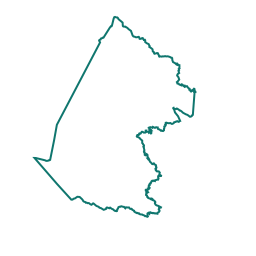 outline of Aveiro, Pará, Brazil, rotated 300°
{"feature_id": "56859067B38490722254751", "entity_name": "Aveiro", "entity_type": "district", "adm_level": 2, "iso_a3": "BRA", "parent_name": "Brazil", "parent_adm1": "Pará", "projection": "equal_earth", "projection_center": [-55.979, -3.763], "detail": "fine", "context": "isolated", "style": "outline", "palette": "teal", "viewbox_px": 256, "rotation_deg": 300, "n_neighbors": 0, "source": "geoboundaries", "source_scale": "gbopen_adm2", "svg_char_len": 5921}
<svg xmlns="http://www.w3.org/2000/svg" viewBox="0 0 256 256"><g transform="rotate(300 128 128)"><path d="M44.1,94.4L37.6,114.7L38.3,115.8L39.5,116.2L40.4,117.2L43.1,118.5L44.1,120.6L43.4,123.7L42.8,125.2L42.3,125.8L42.2,126.6L42.5,128.0L42.2,128.9L42.7,129.4L42.7,130.6L43.2,131.2L43.4,131.8L43.1,133.7L43.3,134.8L45.2,135.4L45.4,135.8L44.7,139.7L45.0,141.2L45.0,142.3L44.7,143.1L45.1,144.6L45.0,147.8L45.7,148.5L47.1,149.5L47.7,149.2L48.4,149.3L48.7,149.6L49.2,152.0L50.1,152.3L49.9,154.4L50.1,156.0L49.8,156.8L49.7,158.1L50.2,159.6L50.4,159.8L50.9,159.3L51.9,159.7L52.5,159.4L53.5,159.6L54.5,159.3L55.5,159.9L55.9,160.7L56.8,161.2L57.5,163.7L57.7,164.0L57.1,165.8L58.4,166.0L58.5,166.6L59.7,168.6L59.1,169.8L59.2,170.7L59.8,171.4L59.7,172.0L59.3,172.5L59.4,174.7L58.8,175.1L58.6,176.7L58.8,177.1L58.7,178.1L59.3,178.8L59.3,179.3L59.1,179.8L59.6,180.3L59.3,181.2L59.3,181.7L60.2,183.7L60.1,184.2L60.4,185.9L60.2,186.8L60.5,187.0L60.7,188.7L60.9,189.3L61.5,189.4L61.9,188.7L63.7,187.6L64.6,188.0L64.3,188.5L64.5,188.8L64.4,189.3L65.4,188.9L66.1,189.3L66.3,189.8L66.0,190.6L66.6,191.7L66.6,192.1L67.0,192.2L67.4,193.9L67.7,194.0L67.9,195.0L68.4,195.8L68.5,196.3L69.4,195.9L70.4,196.7L72.0,196.8L72.6,196.2L72.6,195.6L73.0,195.2L74.2,195.2L74.8,194.6L75.2,195.1L75.2,195.6L75.4,196.2L75.8,196.2L75.7,193.2L75.3,191.4L75.4,190.3L76.1,189.0L76.5,188.8L77.1,188.9L77.5,188.7L77.5,188.3L77.9,188.1L78.2,186.9L77.9,185.4L77.9,184.3L78.2,184.2L78.7,184.5L78.8,184.1L78.7,183.7L78.0,183.6L77.8,183.3L78.1,183.0L78.1,182.6L77.7,181.9L77.5,180.4L77.9,180.1L78.1,179.6L77.9,179.2L79.0,178.2L78.9,177.3L79.4,176.9L80.0,176.8L81.7,175.9L81.6,177.1L82.4,177.5L82.9,175.9L82.7,174.7L83.2,174.3L83.6,174.4L84.7,176.2L85.6,176.5L85.9,175.8L86.8,176.7L87.1,176.6L87.4,175.8L87.3,175.4L88.1,174.9L88.7,174.8L89.5,175.3L89.9,174.7L90.6,174.7L91.3,175.4L92.0,175.3L92.2,175.0L92.7,175.2L93.7,175.0L94.4,175.3L94.5,176.1L95.1,176.2L95.5,177.8L96.1,177.5L98.0,179.2L98.4,179.9L99.7,179.6L100.0,179.0L101.3,178.2L102.3,178.4L102.3,179.7L103.0,180.6L103.3,180.5L103.4,178.8L103.9,178.2L105.3,177.8L105.8,176.3L104.9,174.8L104.9,174.3L105.4,173.8L105.4,173.1L106.5,172.1L106.8,172.2L107.0,172.6L108.2,172.3L108.5,171.5L109.2,171.3L109.8,170.7L109.9,170.3L109.6,169.1L110.3,168.3L110.2,167.9L109.0,167.3L108.9,166.9L109.7,164.7L109.8,163.8L111.3,162.2L111.4,161.8L110.9,161.5L111.4,160.2L112.0,161.0L113.0,159.2L114.4,158.4L114.7,157.6L114.7,157.3L114.3,157.4L114.1,156.6L113.3,157.0L113.0,156.7L113.1,156.0L113.4,155.9L113.9,155.3L115.1,154.8L115.1,154.0L115.3,153.8L115.6,154.0L116.4,153.3L117.0,153.3L118.5,151.8L119.4,151.3L119.3,150.9L119.6,150.6L120.1,150.8L121.0,150.5L121.4,149.2L121.9,148.7L122.1,147.8L124.2,146.6L124.7,144.0L125.2,142.9L125.1,140.9L124.9,140.2L125.1,139.8L125.4,139.7L126.6,139.6L127.2,140.7L128.2,141.0L128.6,140.5L128.9,140.5L129.1,140.6L129.6,141.7L131.6,141.8L132.0,142.5L131.9,143.9L132.7,145.3L133.3,145.6L133.5,145.3L134.6,144.6L134.9,144.9L134.3,146.4L135.0,147.8L134.5,148.2L134.3,148.5L135.0,148.8L135.3,148.7L135.4,149.2L134.7,150.5L135.0,150.8L135.6,150.6L136.5,148.5L136.7,149.4L137.3,149.8L137.4,149.1L137.8,149.0L137.7,148.1L138.2,147.3L138.5,145.9L139.1,146.1L140.1,147.3L140.4,149.1L141.4,149.0L141.6,151.3L142.7,151.9L143.3,153.5L142.7,153.7L142.1,154.7L142.5,155.9L142.1,158.0L142.7,158.3L142.6,159.1L142.9,159.9L144.0,160.3L145.4,159.5L146.3,159.5L147.4,158.7L147.8,159.1L148.7,159.3L149.1,159.1L149.4,158.5L149.9,158.5L150.1,158.9L150.6,158.5L151.1,158.7L151.5,158.2L151.8,158.5L152.1,159.9L152.6,161.1L153.5,162.2L153.4,163.7L153.9,164.5L155.3,165.2L156.1,165.1L157.1,166.3L157.7,166.4L158.6,167.4L158.5,168.1L158.7,168.9L159.7,169.1L160.2,169.6L163.2,165.5L165.0,160.9L167.0,158.8L167.7,157.3L168.0,157.2L168.3,157.4L167.7,158.1L167.7,158.7L168.7,160.4L169.3,160.6L169.3,161.3L169.3,162.6L169.0,164.2L169.3,164.6L169.2,166.0L168.7,168.0L168.8,171.4L169.1,173.0L168.7,176.0L169.3,176.8L169.9,176.9L170.4,177.3L170.9,177.1L171.8,177.6L192.0,167.9L192.0,167.4L192.2,167.2L192.8,167.6L193.0,168.3L193.3,168.1L193.5,166.9L194.2,166.7L195.1,165.9L195.0,165.5L194.6,165.5L193.8,165.9L193.5,165.1L192.1,165.0L191.6,164.3L191.1,164.3L191.1,163.9L191.4,163.7L192.1,163.6L191.8,162.8L191.8,162.0L192.5,161.9L192.8,161.7L192.7,160.5L193.7,158.1L192.3,156.8L192.9,156.5L193.1,156.0L192.8,155.8L192.4,155.9L192.1,155.5L192.3,155.1L192.6,155.0L192.5,154.2L192.8,153.3L192.6,152.5L192.2,152.4L191.6,152.8L191.3,150.6L191.7,149.6L191.2,148.6L191.5,148.2L191.8,148.2L192.2,147.4L193.4,147.8L195.6,148.1L197.2,146.3L197.9,144.5L198.2,144.2L199.6,144.1L201.2,144.8L201.7,144.1L202.3,143.8L202.7,143.1L203.7,143.3L204.5,142.4L205.4,142.8L205.8,142.3L206.5,142.1L208.1,141.1L207.9,140.7L207.9,139.8L208.4,138.2L208.2,138.0L207.6,139.2L207.3,139.2L207.2,138.3L207.7,136.3L207.6,134.1L208.8,132.6L210.6,131.3L210.8,130.7L210.4,130.0L210.5,128.8L210.0,126.7L209.0,125.1L208.8,124.2L207.9,123.3L207.4,122.2L206.7,121.6L206.3,120.3L205.5,119.6L205.5,119.2L206.4,118.5L206.9,117.3L207.6,116.8L207.7,116.3L207.4,115.6L206.3,114.7L205.9,113.9L205.6,113.8L205.6,113.4L206.6,112.6L206.7,111.2L208.4,109.9L208.7,108.6L208.9,105.9L209.8,105.8L210.2,105.0L211.0,103.9L210.8,102.2L211.0,100.0L212.6,99.0L212.8,98.6L212.2,98.1L212.1,97.8L212.6,97.2L212.7,96.4L213.2,95.9L213.0,95.3L212.3,95.1L211.1,93.8L211.1,93.3L212.1,92.4L212.3,91.7L211.1,90.4L210.5,89.4L210.4,88.1L210.0,87.0L210.4,85.8L213.6,82.0L213.9,79.1L214.4,77.3L214.3,75.7L214.5,75.4L214.4,74.8L213.8,74.0L213.6,72.9L213.8,72.5L216.6,70.6L217.5,65.4L218.2,64.3L218.4,63.5L217.9,62.7L217.7,61.2L217.1,60.7L215.5,60.9L209.0,62.8L208.5,62.7L208.0,62.9L207.5,62.3L206.9,62.4L206.3,62.1L194.0,61.6L193.6,60.9L193.1,60.9L192.1,59.9L190.9,60.0L190.2,59.3L189.5,59.2L189.2,59.3L188.2,61.0L186.5,61.1L95.2,64.8L80.5,70.1L61.5,76.5L61.0,75.9L60.7,76.0L59.4,74.8L58.6,73.5L58.6,72.6L58.1,70.7L55.9,63.1L55.3,62.0L44.1,94.4Z" fill="none" stroke="#0f766e" stroke-width="2"/></g></svg>